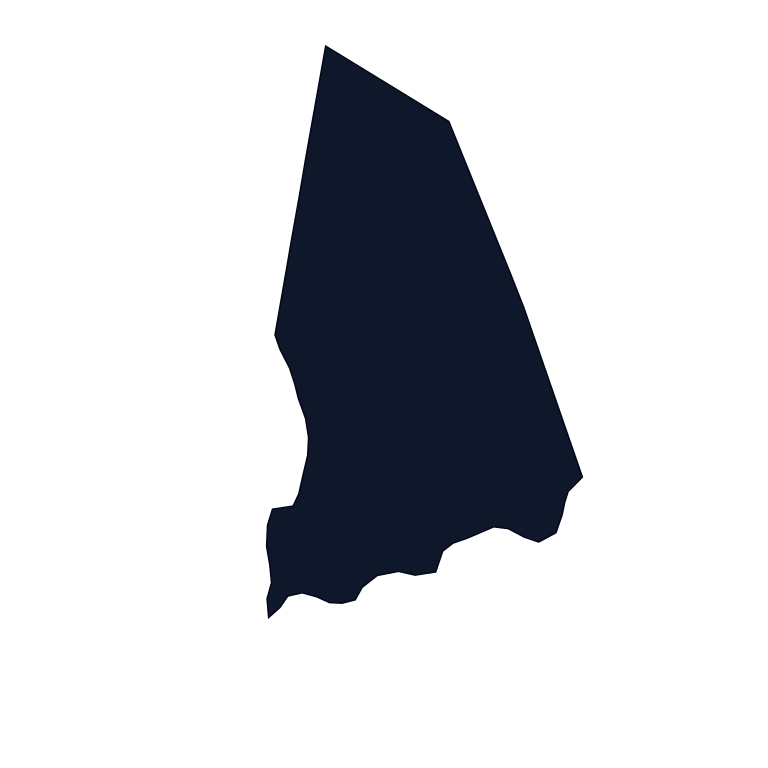 the district of Piúma, Espírito Santo, Brazil, rotated 121°
{"feature_id": "56859067B20948512760895", "entity_name": "Piúma", "entity_type": "district", "adm_level": 2, "iso_a3": "BRA", "parent_name": "Brazil", "parent_adm1": "Espírito Santo", "projection": "mercator", "projection_center": [-40.744, -20.839], "detail": "fine", "context": "isolated", "style": "filled", "palette": "ink", "viewbox_px": 768, "rotation_deg": 121, "n_neighbors": 0, "source": "geoboundaries", "source_scale": "gbopen_adm2", "svg_char_len": 783}
<svg xmlns="http://www.w3.org/2000/svg" viewBox="0 0 768 768"><g transform="rotate(121 384 384)"><path d="M361.6,166.0L246.5,303.5L224.9,331.6L125.6,463.6L124.4,608.0L228.9,568.1L269.8,552.1L311.3,536.3L329.4,529.2L398.1,502.7L407.7,491.2L419.0,473.1L430.2,460.2L440.3,450.2L454.0,433.4L468.7,421.1L484.4,412.7L504.1,406.4L522.2,400.4L535.5,399.1L548.7,415.1L565.1,411.1L583.8,400.9L597.8,388.8L612.2,378.1L628.4,373.6L643.6,362.6L629.2,358.1L615.4,357.3L605.1,346.6L601.0,331.9L599.5,318.2L593.4,306.9L583.8,297.5L569.6,298.0L551.7,291.2L537.2,275.2L531.8,258.9L518.5,242.9L497.0,247.6L484.9,242.9L473.2,233.2L449.9,216.4L444.0,203.0L443.0,184.9L439.8,170.0L422.9,160.0L404.5,163.9L392.5,168.1L381.2,170.8L361.6,166.0Z" fill="#0f172a" stroke="#020617" stroke-width="1.5"/></g></svg>